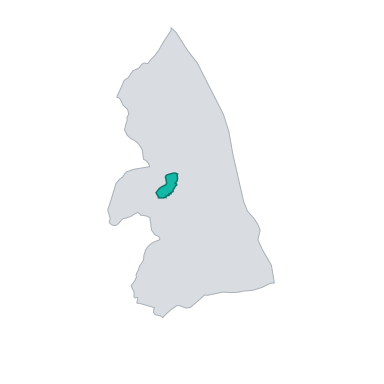 Yarwein Mehnsonnoh, Nimba, Liberia shown in context, rotated 215°
{"feature_id": "62588387B90260404265556", "entity_name": "Yarwein Mehnsonnoh", "entity_type": "district", "adm_level": 2, "iso_a3": "LBR", "parent_name": "Liberia", "parent_adm1": "Nimba", "projection": "albers", "projection_center": [-9.092, 6.596], "detail": "fine", "context": "in_parent", "style": "filled", "palette": "teal", "viewbox_px": 384, "rotation_deg": 215, "n_neighbors": 0, "source": "geoboundaries", "source_scale": "gbopen_adm2", "svg_char_len": 3651}
<svg xmlns="http://www.w3.org/2000/svg" viewBox="0 0 384 384"><g transform="rotate(215 192 192)"><path d="M72.4,164.7L75.5,162.1L80.1,153.7L86.5,145.6L92.4,140.9L97.1,136.0L102.1,132.2L109.2,127.8L120.0,116.3L122.6,114.9L124.4,106.9L127.1,96.7L130.2,93.5L137.6,91.6L139.4,89.9L142.0,82.7L143.7,74.3L143.8,72.5L146.8,72.3L151.7,70.5L154.6,71.3L155.9,73.7L156.5,75.7L171.6,70.5L172.9,69.5L173.7,69.6L175.6,74.4L176.7,74.1L177.6,72.7L178.6,72.6L179.8,73.2L180.9,75.4L182.9,77.4L186.1,78.8L188.2,80.7L187.9,85.7L188.7,90.6L190.2,91.8L190.9,94.7L191.3,97.9L192.1,99.6L192.6,102.8L192.3,106.3L192.9,108.8L195.3,113.0L196.8,118.3L196.8,122.1L195.9,126.0L194.3,129.7L191.5,133.6L191.3,135.2L193.0,136.2L195.5,136.4L197.6,135.6L202.9,137.4L205.7,140.0L208.2,143.2L210.4,144.9L211.4,146.9L215.2,146.3L219.6,144.4L220.5,143.5L221.8,144.0L224.7,144.2L226.6,140.6L228.2,136.6L231.7,132.2L233.3,130.5L233.8,127.7L234.0,124.1L235.2,120.9L238.0,119.2L241.0,119.2L242.7,119.9L243.5,122.9L246.0,125.2L248.1,126.8L249.2,127.5L250.9,129.3L252.6,135.4L259.1,155.2L258.8,160.6L257.5,164.2L257.5,167.7L257.1,171.1L253.1,176.8L241.3,188.4L242.2,189.4L245.1,190.7L247.9,191.4L250.3,191.0L253.2,193.9L256.4,197.5L259.8,199.4L264.6,201.1L268.9,201.2L272.5,200.6L277.6,201.3L283.0,204.3L284.9,209.2L286.2,213.6L288.1,215.8L288.4,219.5L292.2,222.8L297.7,223.4L304.9,227.2L306.7,227.0L307.5,226.5L308.3,227.3L310.2,238.4L311.6,244.3L310.9,246.7L309.9,248.5L309.9,257.5L306.7,262.7L306.2,268.4L305.2,270.2L301.8,271.8L301.8,276.2L300.9,281.4L300.5,287.0L301.6,301.6L301.8,312.5L303.3,314.5L296.6,313.6L276.8,305.4L261.6,300.7L210.6,273.5L196.4,262.6L180.1,246.3L143.9,213.5L135.7,208.2L125.2,205.6L118.8,202.8L114.3,199.8L110.6,190.7L101.6,185.3L84.9,177.5L72.4,164.7Z" fill="#d9dde1" stroke="#a8b0b8" stroke-width="1"/><path d="M207.8,181.6L208.2,182.2L208.4,182.4L208.8,183.0L208.8,183.6L208.7,184.2L208.6,184.6L208.7,184.8L208.7,185.4L209.0,187.2L209.0,187.3L209.0,187.8L208.6,188.4L208.6,188.9L208.6,189.0L208.8,189.4L208.9,189.5L209.1,189.6L209.7,189.7L210.0,189.6L210.7,189.5L210.6,190.5L210.6,190.8L210.6,192.3L210.6,192.8L211.3,194.3L212.5,195.9L212.6,196.0L213.3,196.7L213.6,197.0L213.8,197.3L214.2,197.6L214.3,197.7L214.1,198.4L214.3,198.4L216.4,198.0L216.7,197.7L217.2,197.5L217.8,197.0L218.2,196.6L219.6,195.0L219.8,194.7L220.6,193.8L220.9,193.5L221.5,192.7L222.3,191.5L222.4,191.3L222.4,191.2L222.5,191.0L222.6,190.8L222.6,190.7L222.6,190.0L222.5,189.5L222.5,189.4L222.1,188.8L222.0,188.6L221.9,188.5L220.5,187.4L219.7,186.9L219.7,186.4L219.1,185.9L218.8,185.6L218.2,185.2L218.1,184.9L217.8,184.6L217.7,183.6L217.6,183.1L217.6,182.9L218.1,182.1L218.3,181.7L218.7,180.9L219.6,179.3L220.0,178.2L220.3,177.5L220.5,177.1L220.8,176.0L220.8,175.8L220.9,173.8L220.9,173.4L221.0,172.3L221.0,170.8L220.9,170.8L219.9,170.2L219.6,170.1L219.0,169.8L218.1,169.3L216.7,169.0L216.3,168.0L215.6,168.3L215.3,168.5L214.3,169.1L214.0,169.4L213.1,170.1L212.5,170.6L211.9,170.8L212.0,171.0L211.8,171.4L211.6,171.5L211.2,171.9L210.9,172.2L210.7,172.5L210.4,172.5L210.2,172.5L210.5,173.1L210.5,173.5L210.9,173.7L211.0,173.8L211.1,174.0L211.0,174.3L210.9,174.5L210.9,174.4L210.4,174.3L210.1,174.6L209.9,174.9L209.9,175.1L210.0,175.4L210.0,175.7L209.9,175.8L209.6,175.8L209.5,175.7L209.3,175.6L208.9,176.1L209.0,176.3L209.4,176.4L209.6,176.7L209.4,176.7L209.2,177.0L209.6,177.7L209.4,177.8L209.1,178.0L208.9,178.4L208.8,178.5L208.7,178.5L208.6,178.4L208.5,178.2L208.2,178.2L208.2,178.4L208.2,178.6L209.0,179.4L208.8,179.5L208.7,179.6L208.5,179.8L208.5,180.0L208.5,180.3L208.3,180.6L208.0,181.0L208.0,181.4L207.9,181.5L207.8,181.6Z" fill="#14b8a6" stroke="#0f766e" stroke-width="1.5"/></g></svg>